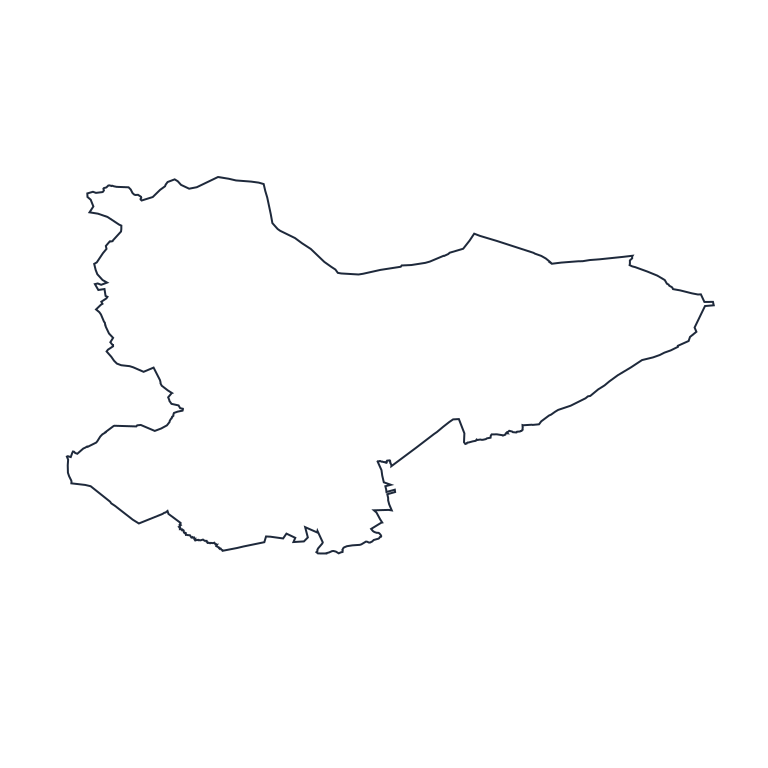 outline of Izvaltas pag., Kraslavas, Latvia, rotated 7°
{"feature_id": "27541924B67653564082262", "entity_name": "Izvaltas pag.", "entity_type": "district", "adm_level": 2, "iso_a3": "LVA", "parent_name": "Latvia", "parent_adm1": "Kraslavas", "projection": "natural_earth1", "projection_center": [27.011, 55.966], "detail": "fine", "context": "isolated", "style": "outline", "palette": "slate", "viewbox_px": 768, "rotation_deg": 7, "n_neighbors": 0, "source": "geoboundaries", "source_scale": "gbopen_adm2", "svg_char_len": 6081}
<svg xmlns="http://www.w3.org/2000/svg" viewBox="0 0 768 768"><g transform="rotate(7 384 384)"><path d="M615.1,226.4L605.7,228.7L582.6,234.0L573.1,235.9L566.2,237.9L561.4,238.6L545.1,241.9L535.9,244.2L534.3,243.3L534.7,243.2L533.3,242.2L529.3,239.7L524.5,237.7L517.8,236.2L516.5,235.6L478.8,228.3L461.2,225.3L455.2,223.8L451.5,231.2L446.1,240.1L433.2,245.7L431.9,247.2L428.0,249.6L427.5,249.5L414.6,256.9L410.3,258.7L396.6,262.6L387.1,264.2L386.3,265.6L366.5,271.2L349.9,277.1L345.4,278.4L328.0,279.5L324.6,279.3L321.8,276.3L317.5,274.2L309.9,270.1L294.9,258.9L285.5,254.3L277.9,250.0L262.3,244.6L259.5,243.1L253.6,237.9L250.9,229.2L245.4,213.2L242.6,206.8L240.2,200.2L235.1,199.4L227.4,199.3L212.3,200.0L204.9,199.2L194.0,198.8L174.2,211.5L166.8,213.9L158.3,211.1L154.6,207.9L151.3,206.4L144.6,209.9L143.0,212.7L142.6,214.4L138.1,218.6L131.7,226.6L121.1,231.4L119.9,230.5L119.8,230.0L120.4,228.8L120.0,227.8L116.8,226.2L114.1,226.7L112.9,226.4L111.1,225.1L108.9,221.8L106.5,219.9L94.6,220.9L91.9,220.7L89.9,220.3L89.4,220.7L87.5,220.3L86.2,220.6L84.5,222.7L82.1,223.7L81.7,224.4L82.4,226.0L81.7,227.4L80.9,227.9L74.8,229.4L71.7,228.7L66.3,231.0L66.9,234.5L70.4,236.8L73.9,243.2L70.8,249.5L79.3,249.8L89.2,251.9L101.7,258.1L104.0,258.8L104.4,262.3L104.4,264.7L97.4,274.6L97.2,275.3L95.3,275.9L94.9,275.7L94.5,275.8L91.1,280.9L92.1,283.7L89.1,288.4L84.1,298.3L81.7,300.1L83.9,305.9L86.1,310.0L92.0,315.1L96.8,317.1L91.2,320.0L87.6,319.1L84.9,320.1L89.0,325.5L95.0,323.8L96.9,330.5L98.9,331.2L98.0,332.9L93.4,336.8L94.8,338.7L93.3,339.9L89.1,345.1L92.7,347.4L94.6,349.5L98.5,356.3L99.4,357.1L100.2,359.7L100.4,359.7L100.9,361.1L104.9,367.4L109.5,371.2L107.3,375.9L109.8,378.3L110.3,378.3L110.5,379.6L105.8,383.6L104.7,385.5L110.0,390.2L113.2,393.8L116.4,396.3L120.9,397.4L129.4,397.3L133.1,398.0L143.9,401.2L153.3,395.8L161.2,407.5L162.0,409.6L162.1,410.6L163.6,412.8L170.2,416.7L174.6,418.8L174.4,418.9L171.4,423.5L172.8,426.0L173.1,427.0L175.5,429.6L182.7,430.3L184.6,432.8L187.4,433.1L187.5,433.8L187.3,435.0L182.5,436.6L179.1,438.3L178.7,439.7L178.8,441.3L177.7,442.3L177.8,442.8L177.4,443.3L177.4,444.0L176.7,444.7L175.8,446.8L175.8,447.8L173.6,451.5L168.3,455.3L162.2,458.5L147.6,454.3L144.1,455.1L143.3,456.3L121.5,458.3L120.7,458.7L113.6,465.5L113.3,465.8L113.5,466.0L110.6,468.3L108.8,470.7L106.4,475.8L105.5,477.2L97.5,482.5L97.0,482.2L95.2,483.6L93.4,484.7L88.1,490.6L85.9,490.1L84.6,489.0L83.5,488.9L83.0,490.3L82.0,494.7L79.0,494.2L78.1,494.7L79.7,497.6L80.0,503.2L81.1,510.6L82.7,513.9L85.4,518.0L85.7,518.9L85.8,520.7L99.7,520.6L105.3,521.2L126.5,534.2L127.8,535.7L131.8,537.7L151.2,549.3L157.7,552.3L180.1,539.9L181.6,538.6L182.8,538.2L184.6,536.4L185.9,539.2L198.9,546.6L198.7,547.1L199.1,547.6L198.5,548.4L199.2,548.8L198.7,549.1L199.0,549.4L198.3,550.3L198.7,550.8L198.2,551.0L198.6,551.3L198.6,551.6L199.3,552.0L199.2,553.0L201.2,552.8L201.6,553.0L201.3,553.7L201.5,553.9L202.3,553.5L203.0,553.8L203.5,555.8L204.2,556.1L205.0,555.9L205.4,556.1L205.1,556.7L205.5,556.9L205.8,557.9L206.6,557.7L207.2,557.9L209.8,557.8L211.6,559.9L212.3,559.9L212.7,559.3L213.4,559.7L214.2,559.5L214.5,560.6L215.4,560.5L215.0,561.5L215.7,562.3L217.5,561.5L218.8,561.7L219.1,561.3L220.0,561.6L221.0,561.5L223.3,560.5L225.1,561.5L227.1,561.3L227.3,561.7L227.3,562.3L228.5,562.7L228.5,563.2L229.9,563.0L230.8,563.3L231.4,562.8L233.7,562.8L235.0,562.2L235.9,563.3L236.7,563.4L236.6,564.0L237.1,564.3L237.7,564.1L237.5,564.5L237.6,565.0L237.4,565.4L240.1,566.4L240.1,566.9L240.9,567.5L241.1,567.1L241.8,567.1L242.9,568.3L244.0,568.6L244.2,569.2L258.1,564.7L264.3,562.4L284.5,555.6L285.5,549.7L289.8,549.4L302.7,549.6L305.4,544.4L314.7,547.5L313.4,551.9L323.7,550.0L327.1,545.6L323.2,535.7L335.8,539.5L335.9,538.0L342.5,548.6L342.2,549.8L338.7,555.1L338.1,556.6L338.3,557.9L337.4,559.1L339.1,560.2L347.1,559.3L347.0,559.1L350.0,557.9L352.8,556.2L354.2,555.9L356.6,556.2L359.7,557.6L361.6,556.4L363.3,555.8L363.2,555.1L363.4,554.6L362.9,553.7L363.8,551.5L364.5,550.9L367.0,549.5L372.3,548.0L379.6,546.6L381.1,545.9L385.3,542.6L386.5,542.6L388.3,543.2L389.4,543.1L391.4,541.8L392.8,540.1L397.5,538.1L398.0,537.6L398.5,536.5L399.6,536.0L399.8,535.3L399.1,534.2L397.4,532.7L396.4,532.4L395.0,532.6L392.5,532.1L390.9,531.3L388.9,529.4L398.2,522.0L399.1,521.7L396.6,518.7L392.2,512.5L389.4,510.6L404.0,508.4L407.1,508.5L403.8,502.8L402.3,499.0L402.0,496.6L400.7,493.0L408.2,489.9L407.6,487.6L399.6,490.9L399.0,488.4L397.8,485.3L403.1,483.2L395.8,481.6L393.4,475.1L392.0,469.8L387.1,461.7L387.4,461.4L388.2,461.6L388.8,461.1L389.5,460.9L391.1,461.4L392.0,461.2L392.7,461.5L394.7,461.4L394.9,461.8L396.1,461.9L396.3,461.4L396.1,460.3L396.4,459.7L399.0,459.1L399.4,459.5L399.4,460.5L399.9,460.9L399.9,461.7L401.2,463.3L401.3,464.7L423.7,443.3L439.7,427.6L442.4,425.2L448.0,419.2L453.4,413.8L456.9,410.7L462.6,409.7L469.8,423.2L470.5,432.0L472.0,433.6L473.3,433.0L473.4,432.5L474.4,431.8L475.0,431.8L479.1,430.1L482.0,429.2L482.7,427.8L483.6,428.2L486.2,427.4L487.6,427.5L489.0,427.3L491.8,426.3L492.8,425.4L496.3,424.3L496.3,422.2L497.0,420.9L502.3,420.2L508.1,420.4L508.0,420.6L508.3,420.7L510.6,419.5L510.8,418.3L511.0,418.0L512.6,417.9L512.0,417.4L511.9,417.1L512.0,416.8L513.0,416.4L514.0,415.2L517.1,415.6L517.8,416.1L521.0,416.0L521.4,415.9L521.6,415.3L522.0,415.1L524.7,414.6L525.3,414.0L526.0,413.9L526.5,413.5L526.7,412.9L527.2,412.5L526.9,410.8L527.0,410.0L526.7,409.2L526.5,407.9L527.1,408.0L535.7,406.4L536.5,406.5L542.8,405.1L544.6,401.9L551.6,395.2L553.6,394.0L557.2,390.7L560.0,388.5L571.9,382.8L585.8,373.6L587.9,371.4L590.2,370.7L597.3,363.2L603.1,358.5L607.3,354.0L615.0,346.8L627.2,337.3L637.2,328.8L647.8,324.8L654.2,321.6L658.5,318.7L664.5,315.7L671.2,311.3L671.0,310.3L681.1,304.2L682.0,300.0L687.7,294.1L685.4,290.1L693.1,267.5L701.7,265.7L700.5,262.4L692.0,263.5L687.6,256.4L684.7,256.9L678.7,256.5L666.7,255.0L659.3,254.6L658.4,253.2L657.7,252.7L655.2,251.7L654.3,250.6L652.6,250.0L650.0,246.6L642.0,243.1L631.7,240.3L619.1,237.4L616.1,237.0L613.3,236.1L613.4,234.5L613.0,231.4L615.0,229.0L614.7,227.3L615.1,226.4Z" fill="none" stroke="#1e293b" stroke-width="2"/></g></svg>